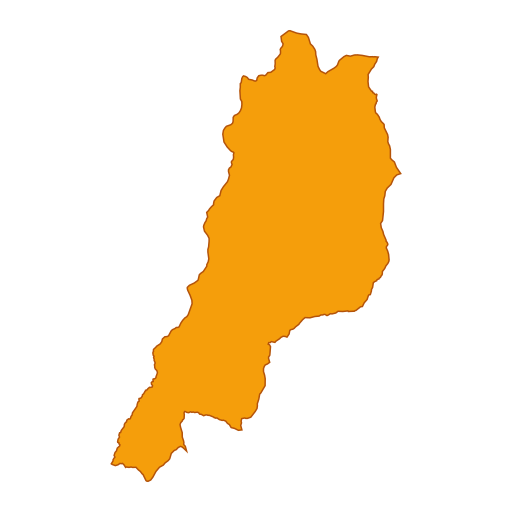 Guaca, Santander, Colombia
{"feature_id": "7082276B96447826186422", "entity_name": "Guaca", "entity_type": "district", "adm_level": 2, "iso_a3": "COL", "parent_name": "Colombia", "parent_adm1": "Santander", "projection": "robinson", "projection_center": [-72.874, 6.936], "detail": "fine", "context": "isolated", "style": "filled", "palette": "amber", "viewbox_px": 512, "rotation_deg": 0, "n_neighbors": 0, "source": "geoboundaries", "source_scale": "gbopen_adm2", "svg_char_len": 6040}
<svg xmlns="http://www.w3.org/2000/svg" viewBox="0 0 512 512"><path d="M186.6,451.1L185.3,446.3L183.9,444.7L183.7,444.0L183.9,442.8L183.6,441.0L182.3,437.1L182.2,432.6L180.6,427.4L180.0,424.6L180.7,422.7L182.2,421.1L182.6,419.8L183.3,419.5L184.1,418.3L184.3,414.4L184.0,413.0L184.6,411.5L185.2,411.5L186.9,412.4L188.7,412.7L190.5,411.8L191.9,412.3L193.2,412.0L194.6,412.5L197.3,412.2L198.6,412.7L199.6,414.1L201.2,414.3L203.7,415.7L205.5,415.0L206.9,414.9L208.1,415.4L209.0,415.2L213.7,417.1L214.1,417.6L214.8,417.7L215.3,418.1L217.0,418.0L219.4,419.6L222.2,420.4L223.4,420.2L225.7,421.1L227.5,423.4L229.4,424.6L230.9,427.2L231.3,427.6L234.5,428.4L238.4,430.3L241.9,429.9L240.7,425.4L241.5,422.9L241.1,421.1L241.7,418.6L244.8,418.0L245.7,418.4L247.4,418.4L250.8,417.2L255.2,411.5L257.0,408.5L257.4,405.9L257.3,403.8L258.8,399.1L259.7,394.1L260.8,393.0L265.1,385.7L265.2,378.8L264.6,375.2L263.5,371.6L263.5,368.6L264.3,366.4L265.3,364.9L267.4,364.0L269.7,362.3L268.6,358.6L268.6,356.9L269.7,355.5L269.9,354.4L270.5,346.6L269.5,344.8L268.2,344.2L268.7,342.6L270.1,342.6L271.3,341.6L274.9,342.4L276.0,341.1L279.5,338.8L280.9,337.4L283.0,336.3L285.1,336.4L287.0,337.1L289.1,334.0L289.8,330.4L290.9,329.6L292.8,329.2L294.1,328.4L295.6,326.8L298.9,324.3L299.4,323.4L302.6,319.7L305.0,317.6L310.0,317.8L314.8,316.5L319.1,316.1L320.8,315.0L322.9,314.9L324.0,314.4L325.0,314.4L326.8,315.5L327.6,315.4L330.4,313.7L332.0,313.9L335.8,313.0L338.0,311.3L342.8,311.5L347.9,310.9L348.3,311.5L354.4,311.2L355.1,310.6L356.0,310.4L360.5,306.8L362.4,306.5L364.2,302.8L367.1,299.5L368.3,295.8L369.0,294.8L370.3,294.6L371.4,291.1L371.5,289.5L372.6,287.4L373.3,282.8L374.5,281.7L376.7,280.7L377.0,279.7L377.5,279.4L379.0,278.9L379.2,278.2L380.4,277.4L381.3,275.7L381.9,275.1L382.3,274.0L382.4,271.5L384.7,268.5L385.9,265.9L387.8,263.5L388.8,261.5L389.1,259.9L388.6,254.4L387.6,250.9L386.3,248.0L386.4,246.7L387.8,244.7L387.7,243.7L387.0,242.2L386.1,241.2L386.1,240.2L383.6,234.4L382.9,231.4L381.3,227.8L380.6,223.5L382.5,220.6L382.6,219.9L383.5,211.5L383.5,203.8L383.8,198.9L384.8,195.8L385.3,191.4L387.2,188.1L391.0,184.4L393.9,177.8L396.8,174.9L400.7,173.6L396.4,167.3L394.4,162.0L391.9,159.9L390.4,158.2L390.4,149.5L389.6,145.8L388.6,144.0L387.8,141.7L388.1,137.3L387.6,134.6L384.3,127.8L384.1,124.6L383.6,123.8L381.3,121.6L380.0,119.4L379.2,117.1L377.3,114.2L376.0,113.2L375.4,111.9L374.8,107.1L375.5,104.2L376.1,103.7L376.3,102.2L377.1,101.2L377.1,100.3L376.6,99.4L376.3,97.4L376.9,94.6L376.5,94.2L375.7,94.6L374.6,94.1L373.8,93.0L372.7,92.6L372.5,91.3L371.5,91.2L368.6,86.9L368.0,81.5L368.3,77.3L368.1,74.5L371.4,69.1L373.8,66.7L374.7,64.3L376.6,61.4L377.3,58.7L378.2,57.1L374.6,56.7L374.1,56.9L372.5,56.7L369.4,56.8L362.2,55.4L357.5,54.9L354.4,55.0L350.4,56.2L346.4,55.4L344.0,56.6L339.6,60.2L338.9,61.1L337.4,65.1L336.1,66.6L334.1,68.1L328.0,71.6L325.7,73.7L320.7,71.2L319.5,69.4L318.0,66.3L316.9,59.2L315.8,54.9L315.6,51.6L314.8,49.3L312.7,46.1L310.4,43.9L308.4,37.4L306.4,34.5L300.9,33.9L296.7,33.1L290.0,30.7L288.5,30.9L281.0,36.5L281.6,41.3L283.1,43.8L282.8,45.2L282.4,46.4L280.7,48.4L280.2,49.7L280.5,50.8L280.5,53.3L280.1,54.3L277.7,57.3L275.7,59.1L275.1,60.3L275.2,63.8L274.8,66.7L275.2,67.9L274.6,69.5L270.8,72.3L267.9,72.6L265.6,75.3L264.3,75.7L262.8,75.2L261.2,75.2L258.8,75.7L257.2,77.9L256.7,80.4L255.5,81.1L254.3,80.9L252.3,80.0L248.6,79.3L247.4,77.6L245.6,76.5L243.5,75.9L242.6,76.8L241.8,78.6L241.2,82.6L240.3,83.6L240.3,87.3L239.9,90.7L240.4,99.0L241.8,101.6L241.9,104.6L241.5,107.9L240.4,110.7L239.0,112.8L237.2,114.3L234.4,115.5L233.2,117.3L233.1,121.5L232.5,123.3L230.9,124.7L226.4,126.3L224.9,128.0L223.4,130.5L222.8,134.2L224.0,142.0L227.2,147.0L230.6,150.7L232.1,151.7L233.5,152.2L233.9,152.8L233.4,154.8L233.6,157.1L233.3,159.4L231.5,161.5L231.4,162.6L232.1,164.4L231.0,166.9L229.4,168.1L228.5,169.8L228.5,171.5L229.5,175.3L228.4,179.4L227.4,181.8L223.5,186.6L221.1,190.4L219.8,195.7L216.7,197.5L214.1,201.0L213.6,203.3L213.6,204.7L211.3,206.9L209.4,209.1L208.6,210.5L206.7,212.4L207.7,217.1L206.7,218.7L206.1,220.9L205.0,222.5L203.8,225.3L203.5,226.9L204.5,231.2L207.6,235.3L209.1,238.4L209.1,241.2L208.6,246.9L207.9,249.4L207.9,252.1L208.8,258.8L208.2,261.8L206.8,264.7L206.8,266.2L203.3,271.5L200.5,273.5L199.3,274.8L198.2,279.8L197.7,280.5L194.3,283.0L189.4,285.3L187.3,287.4L187.3,288.7L187.8,290.4L190.1,295.3L191.9,300.3L192.1,303.8L188.2,314.7L186.8,316.7L184.9,317.9L182.8,320.2L180.9,323.0L179.1,326.8L178.2,327.4L176.2,327.5L175.2,328.4L172.4,329.7L171.1,331.0L168.6,335.7L167.4,336.5L164.8,336.8L162.4,339.0L161.8,341.6L160.2,343.9L156.5,346.3L155.9,347.2L153.7,349.2L153.4,349.9L153.5,351.5L153.0,352.1L152.9,353.1L153.2,355.2L154.0,356.2L153.6,357.7L154.2,359.1L154.1,360.2L155.2,363.0L154.4,364.9L154.7,365.8L154.7,367.4L155.3,369.0L156.8,370.5L157.4,372.3L157.2,373.6L156.0,376.8L156.0,377.6L155.3,378.4L154.0,379.0L153.3,378.9L153.0,379.4L153.2,381.5L152.3,381.6L151.3,382.6L151.5,384.2L152.5,385.5L152.3,386.9L150.9,387.4L149.5,387.3L147.9,388.7L147.0,389.9L145.6,390.3L145.6,390.9L145.1,391.2L143.6,393.9L142.5,394.7L142.2,396.4L140.7,398.2L139.1,398.5L138.9,398.9L139.2,401.1L138.1,401.8L137.7,402.7L137.2,404.4L136.9,406.4L132.5,412.8L132.1,415.0L131.1,416.3L130.3,418.6L129.7,419.0L128.6,418.8L126.9,420.1L126.4,422.0L125.5,422.5L124.4,424.3L124.2,426.6L121.3,430.4L120.6,432.5L119.6,432.8L118.9,435.2L119.5,437.1L118.1,439.2L117.6,441.8L117.8,442.4L118.8,442.7L119.0,443.9L119.9,444.7L119.7,445.9L117.3,448.1L116.4,451.0L115.1,452.4L114.1,455.4L114.8,456.8L114.8,457.5L114.1,458.0L113.1,459.7L113.0,461.0L111.3,463.8L112.1,464.4L115.3,465.6L118.0,464.8L120.0,463.4L121.2,463.7L122.4,463.4L123.9,464.7L125.6,467.4L126.3,467.0L129.0,467.4L131.1,467.0L132.5,467.4L136.0,467.3L138.4,469.9L140.3,471.4L142.3,474.0L143.0,474.4L146.0,480.6L146.7,481.1L148.0,481.3L150.7,480.0L152.9,477.1L155.9,471.5L159.5,467.2L163.3,465.1L165.1,462.9L168.1,460.7L169.7,458.8L171.3,453.4L174.2,450.5L176.3,449.6L178.1,447.6L180.3,446.4L181.8,446.8L183.4,448.0L186.6,451.1Z" fill="#f59e0b" stroke="#b45309" stroke-width="1.5"/></svg>